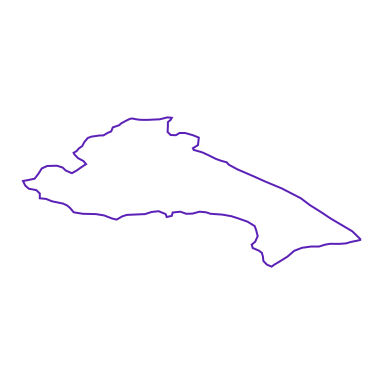 the district of Ragunda, Jämtland, Sweden
{"feature_id": "70781695B27486788902069", "entity_name": "Ragunda", "entity_type": "district", "adm_level": 2, "iso_a3": "SWE", "parent_name": "Sweden", "parent_adm1": "Jämtland", "projection": "equal_earth", "projection_center": [16.011, 63.184], "detail": "fine", "context": "isolated", "style": "outline", "palette": "violet", "viewbox_px": 384, "rotation_deg": 0, "n_neighbors": 0, "source": "geoboundaries", "source_scale": "gbopen_adm2", "svg_char_len": 1661}
<svg xmlns="http://www.w3.org/2000/svg" viewBox="0 0 384 384"><path d="M73.6,152.8L74.6,154.6L78.1,158.2L83.4,161.0L86.1,164.1L81.2,167.3L76.7,170.5L71.9,173.2L65.7,170.5L62.6,167.5L56.8,165.7L47.1,166.0L41.7,168.5L38.6,173.5L34.6,178.7L27.9,180.1L23.0,181.0L25.2,185.5L28.8,188.7L36.3,190.1L39.8,193.5L39.8,198.3L46.0,198.9L52.0,201.3L63.1,203.6L67.2,205.5L70.2,208.1L73.7,212.3L82.8,213.8L95.9,214.1L104.0,215.4L112.1,218.5L116.6,219.6L122.2,216.4L126.8,214.9L145.0,214.1L151.5,212.0L158.6,211.2L165.7,214.1L166.7,217.0L171.7,215.9L172.7,212.5L180.3,211.7L186.4,213.8L192.5,213.6L199.5,211.7L206.1,212.3L210.6,213.8L222.3,214.6L231.4,216.2L238.5,218.5L247.6,221.7L254.7,226.1L256.2,230.3L257.7,236.1L255.2,241.7L251.7,244.6L252.7,248.0L258.8,250.6L261.8,252.8L262.9,256.5L263.4,261.0L267.0,264.7L271.6,266.6L274.4,264.6L281.9,260.1L287.5,256.6L294.2,250.8L302.0,247.8L311.3,246.5L319.1,246.5L325.3,244.6L330.2,243.8L339.2,243.9L346.0,243.4L351.1,241.9L358.1,240.5L361.0,239.7L360.9,239.7L352.3,231.3L330.8,218.6L320.1,211.5L310.0,205.2L300.9,198.3L281.7,188.4L264.9,181.4L253.8,176.4L237.3,169.3L228.8,164.7L226.7,162.3L221.5,160.9L216.1,159.0L207.6,154.8L202.4,152.4L193.7,149.9L192.9,148.2L198.0,145.1L198.3,142.2L198.8,137.6L192.9,135.2L185.1,133.0L179.5,133.0L175.9,135.2L170.7,135.0L167.6,132.0L167.9,125.9L167.9,122.1L170.7,119.8L171.8,117.8L167.4,117.4L159.7,119.3L146.5,119.9L140.1,119.8L136.2,119.3L132.4,118.5L130.1,118.8L125.9,120.8L121.3,123.3L119.2,125.2L112.8,127.4L111.2,131.4L107.6,132.9L103.5,135.4L99.4,135.5L91.1,136.7L87.8,138.0L84.2,142.2L82.3,146.0L78.7,148.6L76.6,151.1L73.6,152.8Z" fill="none" stroke="#5b21b6" stroke-width="2"/></svg>